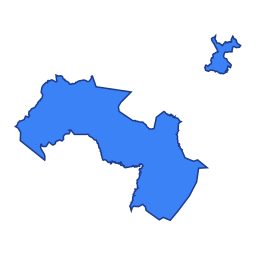 Santiago Choápam, Oaxaca, Mexico
{"feature_id": "50627088B5221153952637", "entity_name": "Santiago Choápam", "entity_type": "district", "adm_level": 2, "iso_a3": "MEX", "parent_name": "Mexico", "parent_adm1": "Oaxaca", "projection": "robinson", "projection_center": [-95.863, 17.388], "detail": "fine", "context": "isolated", "style": "filled", "palette": "blue", "viewbox_px": 256, "rotation_deg": 0, "n_neighbors": 0, "source": "geoboundaries", "source_scale": "gbopen_adm2", "svg_char_len": 5794}
<svg xmlns="http://www.w3.org/2000/svg" viewBox="0 0 256 256"><path d="M20.3,140.6L44.7,160.1L44.9,159.4L44.7,157.8L44.9,156.3L44.1,153.9L41.1,149.0L40.6,147.0L40.7,144.8L41.2,144.3L42.3,146.2L43.8,146.6L45.7,146.5L46.2,146.3L48.5,142.6L49.2,142.2L52.5,144.9L53.6,144.9L55.1,143.8L55.7,142.7L55.3,142.4L55.5,142.0L56.5,141.0L57.7,140.9L59.4,140.0L61.9,140.9L62.6,140.6L62.7,140.1L63.7,139.0L63.3,137.1L63.9,135.5L65.3,134.1L68.7,133.7L69.0,133.8L69.7,132.5L70.2,130.5L69.5,130.2L70.8,130.0L74.4,134.4L86.5,134.4L87.9,134.2L88.5,134.6L89.3,136.1L92.8,138.0L94.2,139.7L95.2,140.1L96.4,140.2L97.4,143.3L98.3,143.6L98.5,145.3L99.0,146.8L98.8,146.9L98.9,147.7L100.1,148.8L100.2,149.8L100.6,150.3L100.3,150.6L100.4,151.5L101.4,152.8L101.1,153.9L101.3,154.3L101.3,154.9L101.7,155.5L102.2,158.1L103.1,160.2L104.6,159.7L106.4,160.3L107.7,162.0L108.4,162.4L109.3,161.9L110.0,162.2L110.8,162.0L110.3,162.9L110.4,163.7L111.0,163.8L111.8,162.9L112.2,161.1L113.8,162.2L114.3,161.7L114.9,161.7L115.2,162.0L115.1,162.9L116.0,163.2L116.7,162.9L117.9,163.4L118.4,162.8L118.7,162.8L119.0,163.9L120.0,163.9L120.6,162.2L121.3,162.3L121.5,162.8L121.0,163.2L120.7,164.1L120.8,165.2L122.4,165.5L122.7,164.8L123.0,165.3L124.1,165.8L123.6,166.3L124.6,167.5L125.9,167.7L126.7,167.1L127.4,167.4L130.3,166.7L131.5,166.7L132.5,165.9L132.5,166.3L133.2,166.5L134.0,165.9L134.7,167.1L135.5,166.8L135.7,166.0L136.1,165.8L136.5,166.0L136.4,166.8L137.0,166.9L138.5,165.9L139.6,166.3L139.8,165.9L139.3,164.5L139.5,164.2L140.6,164.3L141.1,164.0L141.4,163.3L141.5,164.4L142.4,164.8L143.0,165.7L143.0,166.2L142.2,166.7L141.6,168.6L140.7,168.4L139.8,168.7L139.2,169.6L139.2,170.0L140.0,170.2L140.7,171.1L140.9,172.4L140.1,171.9L139.8,172.0L139.7,173.0L139.3,173.5L139.4,174.3L140.2,174.6L140.2,174.9L139.6,175.0L139.3,177.6L138.5,178.6L138.4,179.2L137.4,179.7L137.0,180.6L137.4,181.6L137.2,182.7L136.8,183.1L137.4,184.7L137.4,186.6L138.1,187.6L137.6,187.5L136.8,189.4L136.5,189.6L135.0,189.0L134.9,189.2L135.5,190.9L134.4,191.8L134.2,192.3L134.3,193.4L133.2,194.3L133.1,194.9L133.3,195.3L134.3,195.6L133.4,196.0L132.8,197.0L132.6,199.4L133.0,200.2L132.4,200.6L132.1,202.2L131.2,202.4L131.0,204.3L130.3,205.1L129.8,206.5L130.4,207.2L130.8,208.2L130.7,208.9L131.3,210.7L132.2,207.7L133.5,206.3L138.6,206.6L142.7,204.3L145.4,206.9L146.1,210.4L159.3,219.8L163.2,217.4L170.2,220.3L177.5,211.6L189.4,195.8L196.6,181.9L198.6,168.2L207.2,167.7L197.6,159.9L194.2,161.1L193.4,161.2L185.0,157.8L182.0,150.7L182.1,149.7L181.4,149.7L181.0,148.7L180.3,148.5L180.0,146.6L179.6,146.2L178.7,146.1L178.6,145.4L179.5,144.5L179.4,143.9L178.7,143.8L177.8,142.8L177.8,140.3L177.2,138.8L177.5,138.0L177.5,136.0L176.3,134.3L177.5,133.7L177.3,132.5L178.7,130.4L178.6,130.1L178.1,129.6L178.5,123.8L178.9,123.1L181.1,121.6L180.0,121.3L177.7,118.2L176.7,118.2L175.8,117.6L174.7,117.7L174.6,117.1L174.8,116.6L173.9,117.2L173.2,117.2L173.3,116.7L172.9,116.4L172.9,115.5L172.1,115.3L171.5,114.7L171.3,115.5L170.9,115.4L170.2,115.8L169.9,115.5L170.0,114.8L169.2,115.3L169.0,115.1L168.3,115.0L167.8,114.2L167.4,114.5L165.6,113.1L165.3,112.4L163.8,111.5L156.4,117.3L154.0,128.6L151.1,129.1L148.9,128.7L148.6,128.1L147.1,127.0L146.0,124.9L144.0,123.4L143.3,122.5L142.6,122.1L139.8,122.1L137.8,121.3L135.9,121.4L135.8,120.8L135.5,120.6L134.4,120.5L133.0,120.8L119.1,111.4L118.4,106.5L120.8,102.4L131.1,92.0L96.1,86.8L92.4,76.1L91.6,76.2L91.3,76.5L91.6,77.4L91.3,78.5L90.4,79.4L89.9,80.6L89.0,81.3L88.2,81.5L87.1,81.4L86.1,80.7L83.9,80.0L78.4,81.1L76.8,82.3L75.7,82.4L75.5,83.1L74.0,83.8L73.5,83.9L72.6,83.5L71.6,84.0L70.9,83.9L70.4,84.4L69.4,84.2L69.2,83.2L68.4,82.3L66.8,81.2L65.6,80.9L65.3,80.2L64.7,80.1L64.6,79.3L63.6,79.1L62.9,78.5L62.8,77.4L62.4,76.5L60.9,75.8L58.1,76.0L56.0,75.1L56.5,79.3L56.9,80.8L56.9,81.3L56.4,81.6L55.8,81.8L52.0,79.9L51.0,80.0L49.8,80.9L48.1,80.5L47.7,80.9L47.8,82.1L47.3,82.6L46.3,82.3L43.5,84.8L42.1,87.0L41.5,89.6L41.2,92.5L42.0,93.5L42.7,95.0L42.0,97.9L41.5,98.8L40.7,99.0L40.2,99.8L40.2,100.6L39.4,100.8L38.5,101.6L38.4,102.2L37.5,103.0L37.5,103.9L36.3,105.0L35.3,106.9L34.4,107.6L31.6,108.8L30.4,110.6L29.1,111.4L28.6,114.4L29.5,115.5L29.0,115.9L29.0,116.8L28.4,117.4L27.1,116.5L25.5,116.2L24.7,118.5L24.0,119.7L20.7,121.0L19.4,121.0L18.9,122.0L18.0,122.7L17.2,125.1L15.4,126.5L18.1,128.1L20.6,132.3L20.3,140.6ZM232.8,36.2L231.2,39.7L231.6,41.1L231.0,41.6L230.7,41.6L230.8,42.2L230.0,42.3L229.2,41.7L228.3,42.2L228.1,42.6L227.4,42.6L227.2,42.4L226.8,42.7L226.5,42.2L225.7,41.8L225.5,42.2L225.0,42.2L225.0,43.0L224.0,43.4L222.4,45.7L222.0,45.6L221.6,44.7L220.4,44.1L219.5,43.2L217.6,43.1L216.6,42.7L216.4,41.3L215.3,39.9L214.9,38.9L215.3,38.0L214.8,37.6L215.6,36.1L215.6,35.7L214.4,37.2L212.6,37.7L211.6,38.6L211.5,39.1L211.9,40.5L215.1,45.6L215.3,46.6L216.2,47.6L216.4,48.6L217.2,49.4L217.5,51.3L218.7,52.0L217.8,51.7L217.4,51.9L215.6,52.7L214.5,53.6L213.7,53.7L212.9,54.5L213.1,57.8L211.9,57.7L211.3,58.3L211.3,59.2L210.7,60.7L211.5,61.8L211.2,63.8L209.5,64.5L208.4,66.0L207.6,66.3L206.5,65.2L205.7,65.2L204.8,67.6L205.3,68.2L205.2,68.9L205.7,70.3L208.4,71.3L210.8,69.9L213.0,70.4L214.8,70.9L215.4,71.8L216.1,71.3L217.4,71.5L218.6,72.6L220.6,73.6L221.2,73.1L221.6,73.4L222.3,73.4L223.1,73.8L224.3,73.3L225.6,72.5L226.9,72.1L227.0,71.6L225.6,71.3L226.2,70.5L227.7,70.4L228.0,69.9L227.0,69.5L227.0,69.0L227.6,68.0L227.8,66.2L228.8,66.3L229.6,67.4L230.4,67.7L231.2,65.4L231.0,64.6L228.3,61.9L227.6,61.5L226.6,58.8L225.2,58.6L224.1,57.7L223.4,56.0L223.9,55.2L223.9,54.3L224.3,53.7L224.7,52.3L225.2,52.0L226.8,52.3L229.6,51.6L230.1,51.9L232.0,51.8L232.2,51.2L232.0,50.4L232.5,48.7L232.4,47.9L232.7,47.2L233.9,46.4L236.1,47.6L238.2,47.4L238.9,47.1L239.3,47.3L239.7,47.0L240.6,45.5L237.9,43.8L236.9,42.6L236.4,41.6L236.6,41.0L236.3,40.1L235.1,39.0L233.7,38.7L233.5,37.2L232.8,36.2Z" fill="#3b82f6" stroke="#1e3a8a" stroke-width="1.5"/></svg>